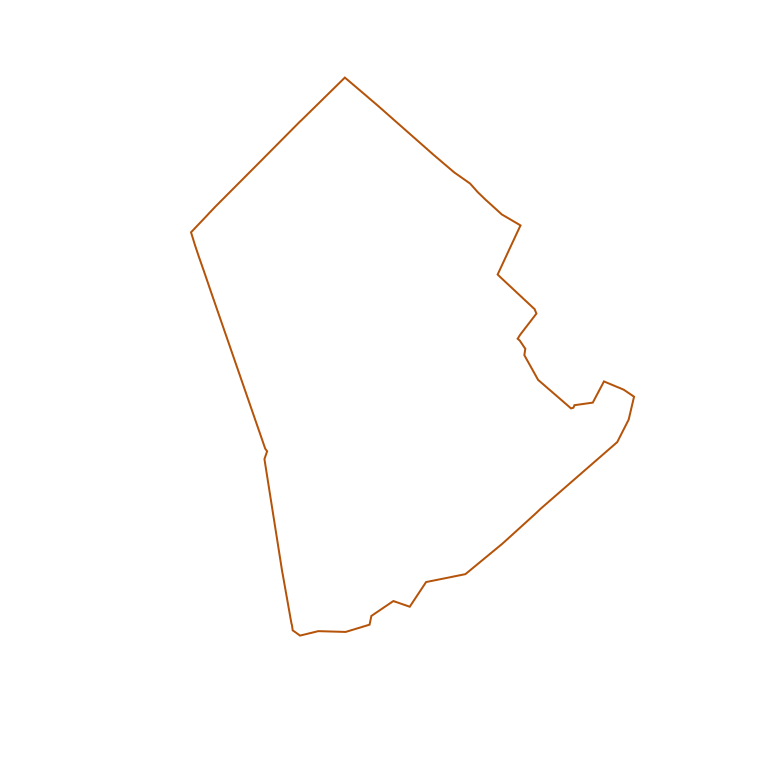 Wake, North Carolina, United States of America (Robinson projection), rotated 114°
{"feature_id": "52423323B47689495133402", "entity_name": "Wake", "entity_type": "district", "adm_level": 2, "iso_a3": "USA", "parent_name": "United States of America", "parent_adm1": "North Carolina", "projection": "robinson", "projection_center": [-78.683, 35.798], "detail": "fine", "context": "isolated", "style": "outline", "palette": "amber", "viewbox_px": 768, "rotation_deg": 114, "n_neighbors": 0, "source": "geoboundaries", "source_scale": "gbopen_adm2", "svg_char_len": 1174}
<svg xmlns="http://www.w3.org/2000/svg" viewBox="0 0 768 768"><g transform="rotate(114 384 384)"><path d="M177.3,567.0L178.3,567.5L225.8,585.5L232.4,588.0L290.8,610.3L297.9,612.8L298.9,613.2L301.4,614.0L323.9,622.0L334.2,613.0L334.3,612.9L342.5,605.4L356.1,592.6L371.1,578.7L491.4,466.2L493.0,463.4L501.2,462.7L597.4,400.3L598.2,399.7L639.9,371.5L641.9,369.9L646.2,367.2L646.3,366.7L646.5,365.5L648.0,358.4L636.5,343.5L626.1,318.2L609.7,299.3L601.0,301.2L578.5,287.2L577.0,269.9L547.8,265.0L524.6,232.3L481.5,210.8L439.5,192.3L434.3,190.2L342.2,147.3L317.0,146.0L293.9,150.4L291.7,162.8L291.8,168.0L291.9,170.1L292.2,184.1L316.1,185.7L325.9,201.4L328.6,201.3L330.2,203.2L317.5,245.1L317.1,245.5L310.5,254.3L300.6,267.5L294.2,269.3L293.9,270.0L293.6,270.5L289.2,277.5L288.9,278.1L288.8,278.6L288.5,279.6L288.3,280.3L283.8,279.7L257.7,273.4L254.3,276.9L254.0,278.0L249.0,292.5L239.0,321.4L238.9,321.6L237.8,324.7L236.6,324.7L193.4,324.0L183.6,323.8L181.2,345.3L174.9,364.4L174.7,365.2L171.7,373.4L170.4,376.9L165.9,386.8L162.1,406.1L154.4,432.2L132.9,500.8L132.7,501.3L128.7,514.9L128.6,515.1L120.0,544.4L177.3,567.0Z" fill="none" stroke="#b45309" stroke-width="2"/></g></svg>